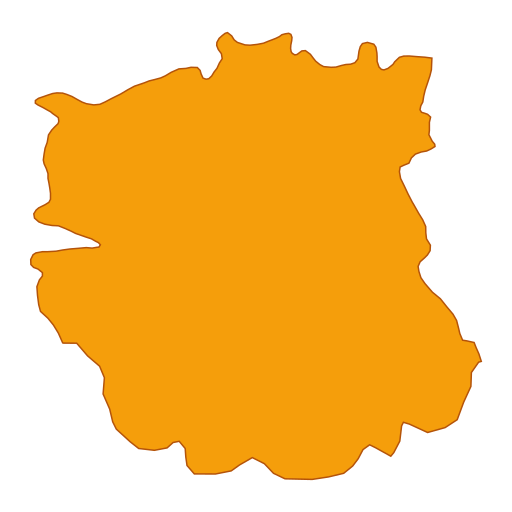 Kastsyukovichy, Mogilev, Belarus
{"feature_id": "67162791B14569635979911", "entity_name": "Kastsyukovichy", "entity_type": "district", "adm_level": 2, "iso_a3": "BLR", "parent_name": "Belarus", "parent_adm1": "Mogilev", "projection": "albers", "projection_center": [31.992, 53.27], "detail": "fine", "context": "isolated", "style": "filled", "palette": "amber", "viewbox_px": 512, "rotation_deg": 0, "n_neighbors": 0, "source": "geoboundaries", "source_scale": "gbopen_adm2", "svg_char_len": 3346}
<svg xmlns="http://www.w3.org/2000/svg" viewBox="0 0 512 512"><path d="M431.9,58.1L424.9,57.2L417.7,56.7L409.2,56.0L403.7,56.1L399.4,57.3L394.7,61.8L393.0,64.4L388.0,68.4L384.0,69.9L381.4,69.4L379.0,67.0L377.1,61.4L377.1,56.6L376.9,53.0L375.9,47.2L373.8,44.2L367.4,42.4L362.4,43.6L360.3,46.6L359.0,51.1L357.9,59.0L354.9,62.7L350.6,64.2L345.9,64.5L341.4,65.5L335.9,67.1L331.1,67.3L323.6,66.6L319.9,64.6L315.7,61.2L313.0,57.8L310.4,54.3L305.4,50.6L301.9,50.9L299.8,52.4L297.0,54.5L294.8,54.9L292.2,53.3L291.1,51.6L290.6,48.5L290.8,45.1L291.7,40.7L292.0,37.4L290.9,34.4L288.7,33.3L285.3,33.8L281.9,34.7L279.4,36.6L275.7,38.4L271.6,40.0L268.4,41.2L263.5,43.2L257.2,44.4L250.0,45.2L245.0,44.9L237.4,42.4L234.2,39.9L231.7,35.9L227.5,32.6L225.2,33.3L222.3,35.5L219.1,38.4L216.9,42.4L216.7,45.5L218.3,49.5L221.4,53.7L222.2,58.7L219.4,63.0L217.0,68.3L214.1,72.0L211.7,76.0L208.8,78.7L206.1,79.2L203.0,78.1L201.1,73.9L200.1,70.4L197.3,67.5L191.0,67.3L186.0,68.4L178.9,68.9L171.2,72.3L165.4,75.8L160.8,77.9L154.5,79.6L149.2,80.9L144.4,82.8L134.4,86.2L127.9,89.7L120.7,94.0L111.2,98.7L105.2,101.9L99.9,104.3L93.8,104.9L86.4,103.7L82.1,102.1L77.1,99.4L72.0,96.5L67.0,94.5L62.6,93.1L56.9,92.9L52.7,93.5L47.5,95.2L44.1,96.4L38.5,98.3L35.4,100.5L35.4,101.0L35.3,103.1L37.8,104.9L43.3,107.7L46.8,109.7L50.6,111.8L52.6,113.5L56.3,116.1L58.3,117.6L58.8,121.3L58.1,123.6L54.5,127.1L51.7,130.1L48.5,134.9L47.2,142.4L45.1,148.2L44.1,154.0L43.3,160.0L44.1,163.8L46.3,168.6L48.0,173.6L48.0,178.4L49.0,183.4L49.8,188.2L50.5,193.3L50.5,199.3L48.9,202.3L44.9,204.8L38.8,207.8L36.1,210.1L33.8,213.8L34.5,218.1L38.8,221.9L44.8,224.2L52.1,225.5L58.4,225.8L64.7,228.3L71.0,231.1L75.5,233.4L85.8,237.0L91.4,238.8L95.7,241.3L98.4,242.6L100.4,244.8L98.9,247.1L96.9,247.3L92.1,248.1L86.3,247.6L78.5,248.3L69.9,249.0L62.6,250.0L56.1,251.2L47.2,251.7L42.4,251.7L35.9,252.9L33.1,254.7L30.7,259.5L30.9,264.6L33.6,267.4L37.9,269.0L42.4,272.6L42.4,276.1L39.4,279.9L36.9,286.7L37.5,295.3L38.7,304.6L40.5,311.4L47.9,318.2L53.4,325.0L58.3,333.0L62.7,342.9L63.5,343.1L76.7,343.2L87.6,355.9L99.6,366.2L104.4,377.7L103.1,394.0L109.7,409.1L112.7,421.8L116.3,429.1L130.2,441.8L138.7,448.5L154.4,450.3L167.1,447.9L173.1,442.5L179.2,441.3L185.2,448.5L185.8,457.0L187.0,465.5L194.3,473.9L215.4,474.0L231.2,470.9L239.6,464.9L252.3,457.6L264.4,463.7L273.5,473.3L285.0,478.8L312.2,479.4L328.6,476.9L343.7,473.3L352.7,466.0L358.2,458.7L363.0,449.6L369.6,444.8L375.7,447.8L390.8,456.2L393.8,452.6L399.8,441.1L401.6,425.9L403.4,422.3L409.4,424.1L427.6,432.5L445.1,427.6L457.2,419.7L463.7,402.1L470.9,386.4L471.4,372.5L478.6,362.2L481.3,361.4L478.9,353.9L476.1,347.6L474.1,342.5L467.0,340.9L462.6,340.2L459.8,333.5L458.6,328.3L456.6,320.5L453.0,314.2L446.7,306.7L440.4,298.8L432.4,292.2L424.9,283.5L420.9,277.7L418.9,271.4L418.1,266.4L420.1,261.8L424.6,257.8L427.4,255.0L430.1,250.7L430.4,245.2L426.5,238.9L425.8,232.8L425.7,226.5L422.7,219.8L418.6,213.2L413.8,204.7L412.3,202.2L408.0,193.9L404.2,185.8L400.6,178.5L399.4,171.7L400.1,167.0L403.9,165.2L408.9,163.2L411.4,157.9L415.4,154.1L421.2,152.0L426.7,151.0L431.0,149.0L435.0,146.5L434.7,144.2L432.2,141.2L428.9,134.7L429.4,130.4L429.4,122.3L430.6,117.1L427.6,114.3L424.8,113.3L421.5,112.3L420.0,109.8L420.8,105.8L422.8,102.0L423.7,96.2L425.2,89.9L427.5,83.1L429.9,75.8L431.4,69.8L431.9,58.1Z" fill="#f59e0b" stroke="#b45309" stroke-width="1.5"/></svg>